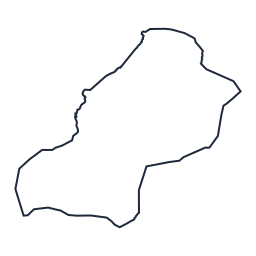 the district of Jinst, Bayanhongor, Mongolia
{"feature_id": "93677404B67702711432193", "entity_name": "Jinst", "entity_type": "district", "adm_level": 2, "iso_a3": "MNG", "parent_name": "Mongolia", "parent_adm1": "Bayanhongor", "projection": "orthographic", "projection_center": [100.256, 45.421], "detail": "fine", "context": "isolated", "style": "outline", "palette": "slate", "viewbox_px": 256, "rotation_deg": 0, "n_neighbors": 0, "source": "geoboundaries", "source_scale": "gbopen_adm2", "svg_char_len": 3430}
<svg xmlns="http://www.w3.org/2000/svg" viewBox="0 0 256 256"><path d="M15.4,189.0L23.6,215.6L27.7,215.3L33.9,209.3L43.5,208.1L48.3,207.6L54.6,209.2L60.5,210.5L68.5,215.0L76.8,215.7L81.9,215.6L91.2,215.5L106.7,217.6L111.5,221.2L114.7,224.7L119.7,227.2L125.2,224.4L131.2,221.0L134.3,219.3L134.4,219.0L134.5,218.1L134.6,217.8L135.5,217.2L135.8,216.5L136.1,215.8L136.8,215.2L137.0,214.7L137.7,214.1L138.3,213.2L139.0,212.7L138.9,198.9L138.9,190.0L146.5,166.4L169.3,162.0L179.4,160.7L183.6,157.1L205.1,147.7L205.6,147.5L205.9,147.5L206.2,147.5L206.7,147.6L207.1,147.8L207.6,147.7L208.0,147.7L208.5,147.7L208.8,147.7L209.0,147.6L209.3,147.6L209.5,147.5L217.9,135.9L221.3,115.3L223.5,105.6L226.7,103.6L232.5,98.7L240.6,91.4L233.5,81.2L206.3,69.2L200.9,63.6L201.5,62.7L201.4,61.8L201.5,61.5L201.6,61.2L201.8,60.8L201.8,60.5L201.7,60.0L201.8,59.8L202.0,59.5L202.2,59.2L202.2,58.9L202.1,58.6L202.0,58.3L201.9,57.9L201.8,57.5L201.8,57.2L202.0,56.8L202.2,56.5L202.5,56.1L202.6,55.7L202.5,55.3L202.4,54.9L202.2,54.0L202.2,53.4L202.2,53.0L202.3,52.5L202.5,51.9L202.7,51.5L202.9,51.1L202.8,50.8L199.5,46.6L195.8,42.5L194.5,38.3L184.6,33.1L171.6,29.5L165.6,28.8L150.4,29.0L149.8,29.1L149.0,29.7L148.3,30.2L147.1,30.8L146.1,31.6L145.4,31.9L144.9,31.9L144.2,31.7L143.6,31.5L143.0,31.7L142.3,32.0L142.0,32.4L141.7,33.4L141.7,34.1L141.9,34.5L142.5,34.6L142.8,34.9L143.4,35.4L143.6,35.9L143.5,36.6L142.9,37.2L142.8,37.5L142.8,38.0L143.0,38.7L143.0,38.9L142.5,39.0L142.3,39.4L142.3,39.6L142.2,40.0L142.1,40.3L142.0,40.7L142.0,41.1L141.8,41.3L141.8,41.6L141.7,41.9L141.4,41.9L141.4,42.2L141.4,42.4L141.1,42.5L140.8,43.1L140.6,43.3L140.4,43.5L140.2,44.0L139.9,44.2L139.6,44.6L139.4,44.6L139.2,44.8L138.9,45.0L138.5,45.5L138.0,46.0L137.2,47.1L136.8,47.9L136.3,48.2L135.6,48.8L121.5,66.3L121.1,66.4L120.9,66.6L120.9,67.2L120.7,67.4L120.1,67.7L119.7,67.5L119.3,67.5L118.7,67.8L118.5,68.1L118.1,68.4L117.7,68.5L117.4,68.7L116.8,69.3L116.4,69.5L116.3,69.8L116.3,70.3L115.9,70.6L115.6,70.7L115.3,70.8L115.2,71.2L114.8,71.7L113.7,72.4L112.7,72.7L111.9,73.0L111.2,73.4L110.8,73.5L110.4,73.8L109.7,73.8L109.2,74.4L108.7,74.5L108.1,75.0L107.8,75.1L107.3,75.3L106.8,75.5L106.1,75.9L90.1,90.1L89.5,89.9L84.7,89.7L84.6,90.1L84.3,90.3L83.9,90.7L83.7,90.9L83.4,91.2L83.2,91.5L83.2,91.8L83.0,92.0L82.9,92.3L82.9,92.7L82.7,93.2L82.6,93.5L82.6,93.9L82.7,94.2L83.0,94.3L83.1,94.5L83.1,94.9L83.2,95.2L83.4,95.5L83.7,95.7L84.2,96.0L84.7,96.2L85.0,96.4L85.1,96.6L85.0,96.9L85.1,97.1L85.4,97.1L85.5,97.2L85.4,97.4L85.1,97.5L84.7,97.9L84.6,98.3L84.6,98.6L84.7,99.0L85.0,99.5L85.2,100.4L85.2,101.2L85.0,102.1L84.6,102.5L83.7,103.0L82.7,103.9L82.3,104.1L81.5,104.7L81.1,105.3L80.8,106.0L80.4,106.7L80.1,107.7L79.7,108.7L79.4,108.9L78.9,109.4L78.6,109.6L78.1,109.7L77.5,109.6L76.7,113.1L76.2,113.2L75.8,113.4L75.5,113.3L75.4,113.4L75.3,113.7L75.4,114.0L75.6,114.4L75.4,114.7L75.4,114.9L75.5,115.3L75.8,115.5L76.2,115.5L76.4,115.8L76.3,116.2L76.3,116.5L75.9,116.3L75.5,116.4L75.2,116.6L75.0,116.8L75.1,117.2L75.2,117.7L75.3,118.1L75.5,118.7L75.8,119.5L76.1,120.0L76.4,120.6L76.7,121.5L76.8,122.3L76.8,122.9L76.7,123.6L76.6,124.3L76.5,125.1L76.5,125.7L76.5,126.1L76.8,126.9L77.1,127.6L77.4,128.1L77.8,129.0L77.9,130.1L78.0,131.1L77.8,132.2L77.5,132.5L77.2,132.8L76.7,133.2L76.3,133.5L75.8,134.0L75.2,134.3L74.5,134.9L73.2,135.9L72.1,140.3L61.8,145.7L55.6,147.7L52.4,149.9L46.8,150.0L42.2,149.9L29.8,159.1L19.3,168.7L15.4,189.0Z" fill="none" stroke="#1e293b" stroke-width="2"/></svg>